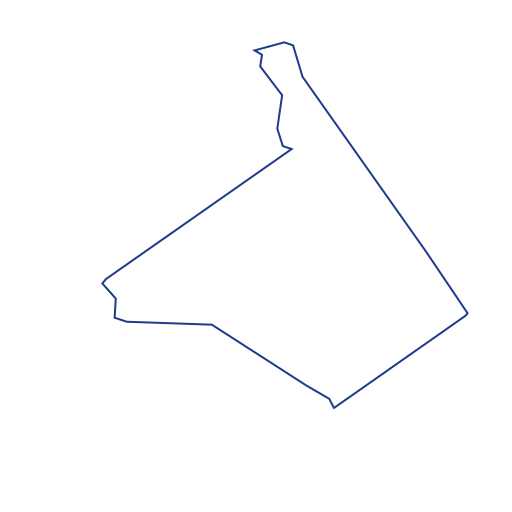 outline of Gregg, Texas, United States of America, rotated 235°
{"feature_id": "52423323B83112121815500", "entity_name": "Gregg", "entity_type": "district", "adm_level": 2, "iso_a3": "USA", "parent_name": "United States of America", "parent_adm1": "Texas", "projection": "albers", "projection_center": [-94.76, 32.514], "detail": "fine", "context": "isolated", "style": "outline", "palette": "blue", "viewbox_px": 512, "rotation_deg": 235, "n_neighbors": 0, "source": "geoboundaries", "source_scale": "gbopen_adm2", "svg_char_len": 449}
<svg xmlns="http://www.w3.org/2000/svg" viewBox="0 0 512 512"><g transform="rotate(235 256 256)"><path d="M323.2,119.9L321.6,114.4L301.6,116.7L286.5,104.8L276.3,112.4L225.1,180.4L120.7,223.1L96.9,234.1L87.1,232.7L86.8,232.8L86.9,393.1L87.8,396.5L162.0,397.8L376.1,396.9L407.3,407.2L414.8,401.7L425.2,372.8L417.3,376.3L408.9,368.2L372.7,369.6L348.1,346.5L330.6,341.0L323.2,346.5L323.2,119.9Z" fill="none" stroke="#1e3a8a" stroke-width="2"/></g></svg>